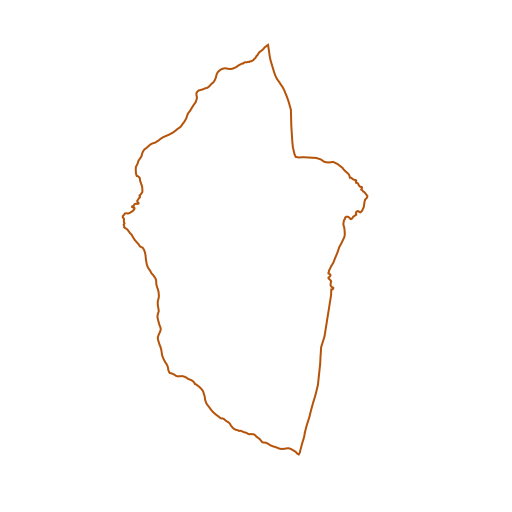 the district of Meung, Bokeo, Laos, rotated 257°
{"feature_id": "54806243B45963768052626", "entity_name": "Meung", "entity_type": "district", "adm_level": 2, "iso_a3": "LAO", "parent_name": "Laos", "parent_adm1": "Bokeo", "projection": "albers", "projection_center": [100.544, 20.66], "detail": "fine", "context": "isolated", "style": "outline", "palette": "amber", "viewbox_px": 512, "rotation_deg": 257, "n_neighbors": 0, "source": "geoboundaries", "source_scale": "gbopen_adm2", "svg_char_len": 6111}
<svg xmlns="http://www.w3.org/2000/svg" viewBox="0 0 512 512"><g transform="rotate(257 256 256)"><path d="M459.0,315.2L457.4,311.5L455.5,308.9L453.8,305.1L452.5,303.6L451.1,302.4L451.0,301.7L450.4,301.1L449.6,300.5L449.0,299.8L448.1,298.2L447.6,297.8L447.4,297.1L446.8,295.2L447.0,293.9L446.6,293.2L446.9,292.1L446.9,291.4L446.8,290.8L446.9,290.0L447.2,289.2L447.2,288.6L447.0,287.6L446.5,287.0L446.5,286.3L446.7,286.0L445.8,282.3L444.4,278.8L443.8,275.4L443.9,273.3L444.4,271.7L445.9,268.1L446.0,266.5L445.6,263.5L444.0,260.5L442.2,258.7L438.8,257.0L436.5,255.3L434.9,253.7L433.7,251.3L432.0,248.8L431.1,247.2L430.8,245.9L430.8,244.1L430.3,241.5L430.2,237.6L429.5,236.0L428.0,234.5L426.3,234.2L423.5,234.1L421.7,233.2L419.7,232.0L416.5,228.5L414.0,226.0L412.4,224.6L410.8,222.5L409.8,221.5L408.1,220.4L406.4,219.4L404.4,217.8L402.6,216.0L401.1,214.1L399.3,212.2L398.5,210.9L397.5,208.2L396.5,206.3L395.1,203.2L394.6,201.6L393.8,198.6L392.9,193.5L392.4,191.4L391.3,188.6L390.3,186.7L389.9,185.2L389.2,183.6L389.0,180.6L388.5,178.4L387.3,176.0L385.8,173.4L385.3,172.0L384.4,170.6L383.1,169.3L381.9,168.4L379.0,166.9L377.7,165.6L375.4,163.0L372.2,161.1L371.1,160.1L369.8,159.0L367.7,158.4L365.4,157.9L362.8,157.6L360.9,157.8L360.9,158.1L360.7,158.4L359.5,159.6L359.0,159.8L358.4,160.2L357.7,160.3L357.2,160.3L356.1,160.0L355.0,160.0L353.1,160.3L351.3,160.4L350.7,160.6L350.4,160.5L349.5,160.7L348.7,160.6L345.1,160.0L344.4,159.8L343.7,159.5L343.3,159.0L342.2,157.8L341.7,157.1L341.3,156.3L341.0,156.0L340.2,156.2L339.5,156.2L339.3,156.1L339.0,155.5L338.2,154.4L337.6,153.9L336.6,152.8L336.3,152.6L335.8,152.6L335.3,152.7L334.3,153.4L333.9,153.5L333.6,153.4L333.4,153.0L333.4,152.5L333.7,151.4L333.9,150.8L334.0,150.2L333.9,149.7L333.7,149.2L332.3,147.9L332.2,147.6L332.3,146.6L332.1,146.4L331.8,146.3L331.5,146.3L331.1,146.7L330.8,147.8L330.5,148.3L330.1,148.4L329.6,148.3L329.2,148.1L328.9,147.7L328.5,147.5L328.4,147.1L327.7,146.3L326.5,143.0L326.2,141.4L326.2,140.8L326.9,139.0L326.9,138.3L326.8,137.7L326.1,136.9L325.3,135.9L325.0,135.4L324.5,135.1L324.1,134.9L323.5,134.9L323.1,135.1L322.3,135.6L321.9,135.7L321.1,135.6L320.3,135.2L319.9,135.1L318.5,135.0L317.4,135.2L317.1,135.0L316.6,134.3L316.4,134.1L316.1,134.1L315.2,134.3L314.6,134.3L313.9,134.1L313.5,134.0L312.1,135.4L310.6,136.7L306.4,138.5L304.8,139.6L303.1,140.0L302.0,140.4L301.4,140.6L299.0,141.4L293.5,144.4L291.7,144.9L290.8,145.8L289.7,147.3L289.0,147.7L287.1,148.3L284.2,148.6L281.4,148.5L276.9,147.9L272.5,147.7L269.6,148.0L268.5,148.3L267.1,148.9L264.8,149.7L262.3,150.4L260.8,151.4L257.4,152.8L255.4,153.2L253.4,153.0L250.7,152.5L247.9,152.6L245.7,152.9L243.0,153.0L239.0,152.4L237.1,151.8L234.2,150.2L231.6,149.5L229.2,149.2L225.5,149.0L224.0,148.8L222.1,147.6L219.2,146.3L217.4,146.2L215.0,146.2L210.4,146.4L208.4,146.8L206.7,146.8L205.5,146.5L203.5,145.3L201.7,143.8L199.8,142.6L198.0,141.8L196.7,141.7L194.8,141.8L191.9,142.0L188.5,142.5L185.7,142.6L180.8,142.2L179.2,142.3L176.7,142.7L173.5,143.5L173.2,143.6L170.5,144.6L168.9,145.0L166.5,145.1L164.5,144.9L161.9,145.4L161.4,145.6L161.2,145.9L160.9,146.9L159.1,149.3L158.3,150.2L157.2,151.1L156.3,152.7L156.2,154.0L155.9,155.0L155.6,157.0L154.9,158.4L154.0,159.8L152.9,161.1L151.7,162.0L149.7,164.9L148.4,166.2L146.6,167.4L145.4,167.5L144.9,167.8L144.6,168.5L141.3,171.3L138.7,172.9L136.2,174.0L130.4,174.4L127.8,174.1L124.6,174.3L123.9,174.4L122.0,175.1L115.5,178.0L113.3,179.2L109.7,181.9L108.3,183.2L106.3,184.7L105.8,185.2L105.5,185.8L105.2,187.0L104.5,188.0L102.9,189.1L101.4,190.4L100.6,191.3L99.5,192.2L98.7,192.7L97.9,193.0L96.5,193.4L95.8,193.7L94.0,194.6L92.5,195.7L91.0,197.5L90.7,198.3L90.1,199.4L89.5,200.0L89.3,200.3L89.3,200.8L89.2,201.7L88.5,202.7L86.7,205.1L86.3,206.2L85.2,207.6L84.3,208.5L83.9,209.2L83.6,211.0L83.0,213.0L82.7,213.8L82.2,214.3L81.0,215.2L79.9,215.8L76.7,218.5L73.2,220.2L72.9,220.6L72.6,221.3L72.1,222.9L71.6,224.1L69.8,226.0L68.4,227.4L67.0,229.2L65.5,231.9L62.8,235.9L62.3,237.3L61.7,240.6L61.7,241.8L61.5,244.1L60.7,245.7L60.0,246.7L56.3,250.6L54.3,251.6L53.0,253.0L54.5,254.4L56.8,255.5L59.3,256.9L62.3,258.4L68.9,262.2L72.8,263.8L79.4,267.2L87.3,271.9L93.3,274.9L100.3,278.7L105.4,281.7L109.2,283.7L116.4,287.3L136.6,294.3L143.7,296.3L148.2,297.7L152.4,298.9L162.1,304.6L201.1,320.4L206.4,321.8L206.3,322.1L206.3,323.3L207.3,324.1L207.6,324.2L207.8,324.1L208.0,323.9L208.1,323.3L208.5,322.9L209.7,322.3L210.4,322.1L210.9,322.1L211.3,322.2L212.1,322.5L213.0,322.8L214.2,323.4L214.5,323.5L215.0,323.4L216.0,322.9L216.2,322.7L217.8,321.7L218.3,321.6L218.6,321.7L218.7,321.9L219.4,323.4L220.2,324.1L220.5,324.3L220.9,324.3L221.4,324.0L222.7,322.7L222.9,322.6L223.3,322.8L223.9,323.3L225.1,323.7L229.3,327.1L232.0,329.8L236.3,332.7L241.0,336.1L245.9,339.1L248.5,341.5L254.4,346.2L256.2,347.1L259.1,347.8L263.8,348.4L266.8,348.2L268.7,348.7L269.2,349.0L270.9,349.7L271.6,350.3L271.9,350.8L272.6,351.3L273.3,351.5L273.7,352.0L273.9,352.9L273.8,353.9L273.4,354.6L272.7,355.3L272.0,355.8L271.3,356.1L270.7,356.4L270.6,357.1L270.7,357.6L271.2,358.4L272.1,359.2L272.6,359.9L273.3,362.1L273.7,363.0L274.2,363.1L274.6,362.8L275.3,363.0L276.0,363.5L276.5,363.7L276.8,364.6L276.9,365.3L276.6,365.9L275.5,366.7L275.0,367.4L275.4,368.3L276.3,369.6L279.6,372.1L284.1,373.8L286.3,374.9L287.7,377.0L288.5,377.7L289.8,378.0L290.2,377.7L291.3,377.1L292.6,376.6L293.8,376.0L294.8,374.9L296.3,374.3L297.0,373.5L298.6,374.6L299.3,374.6L299.6,374.2L299.9,373.3L300.3,372.8L301.1,372.5L301.5,372.1L302.6,372.0L304.1,371.4L304.6,370.6L304.7,370.1L306.0,370.0L306.4,370.5L307.0,370.6L307.6,370.2L308.3,368.5L309.4,367.3L310.6,366.6L310.9,366.1L311.1,365.1L312.9,365.1L313.9,365.0L315.5,364.3L317.4,363.0L318.5,362.1L321.1,360.6L322.3,360.2L327.2,356.2L330.3,352.4L330.6,348.8L331.4,345.8L332.5,343.6L335.5,340.9L338.0,336.7L341.6,324.4L342.4,319.8L343.6,317.0L346.6,316.4L354.0,316.4L360.4,317.3L375.0,319.7L390.6,322.9L398.9,322.5L402.7,322.1L406.3,321.6L407.8,321.3L410.6,320.9L414.7,319.9L417.8,318.6L419.7,318.0L423.9,316.2L427.0,315.5L430.9,315.0L439.8,314.4L443.9,314.2L447.9,314.3L454.5,314.9L459.0,315.2Z" fill="none" stroke="#b45309" stroke-width="2"/></g></svg>